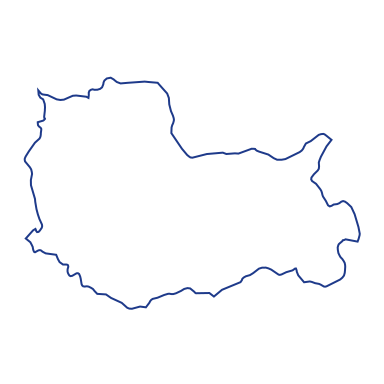 Steiermark, orthographic projection, rotated 179°
{"feature_id": "AUT-2323", "entity_name": "Steiermark", "entity_type": "State", "adm_level": 1, "iso_a3": "AUT", "parent_name": "Austria", "parent_adm1": "", "projection": "orthographic", "projection_center": [15.015, 47.22], "detail": "fine", "context": "isolated", "style": "outline", "palette": "blue", "viewbox_px": 384, "rotation_deg": 179, "n_neighbors": 0, "source": "natural_earth", "source_scale": "10m", "svg_char_len": 3729}
<svg xmlns="http://www.w3.org/2000/svg" viewBox="0 0 384 384"><g transform="rotate(179 192 192)"><path d="M345.0,264.5L339.7,265.9L338.9,266.4L337.7,267.7L337.8,268.1L338.4,268.6L338.5,269.9L337.7,275.9L337.7,276.4L337.5,279.2L337.7,282.6L339.2,287.2L342.0,289.0L343.6,291.9L343.9,296.3L341.4,293.2L339.9,292.2L337.4,291.8L334.6,291.4L325.7,287.0L322.0,286.3L318.4,286.6L313.4,288.7L309.5,290.3L306.1,290.5L296.0,289.1L293.9,287.9L293.5,290.8L293.5,293.2L292.8,294.9L292.1,295.4L291.4,295.9L289.7,296.4L287.7,295.9L284.9,295.9L282.1,296.7L280.1,298.2L278.9,301.0L278.8,301.3L278.5,303.1L278.0,304.2L277.6,305.0L275.2,307.0L271.3,307.7L268.3,305.9L267.7,305.3L265.3,303.3L261.5,301.8L254.2,302.3L237.4,303.2L233.2,302.7L224.4,301.8L224.3,301.7L223.2,300.3L215.1,290.9L213.5,286.4L213.2,280.0L211.6,273.2L209.7,268.6L209.0,266.1L208.8,264.4L209.0,263.3L209.7,261.0L210.6,259.2L211.3,256.9L211.6,251.2L201.3,235.4L196.2,229.1L194.3,227.5L193.0,226.6L191.0,226.3L176.5,229.7L160.5,230.8L157.0,229.4L148.4,229.9L144.9,229.6L131.6,234.2L129.2,234.1L128.1,233.9L127.8,233.3L126.5,232.2L124.2,231.2L115.0,228.1L109.7,224.4L106.4,222.8L101.8,222.7L98.0,223.3L83.7,230.0L81.6,231.5L80.5,232.8L79.9,233.7L79.3,235.1L77.3,238.5L72.4,240.8L64.3,246.9L62.0,247.6L59.6,247.8L58.4,247.3L56.6,245.9L51.6,241.7L56.7,235.3L62.5,225.0L64.0,221.4L64.7,219.2L64.5,215.4L64.8,213.0L65.9,211.3L69.8,207.6L72.3,204.4L72.6,202.5L71.7,200.8L67.8,198.0L63.6,192.4L62.6,190.6L62.0,188.6L61.7,187.0L61.1,185.2L58.3,180.7L56.2,176.3L54.5,175.2L52.6,175.8L50.6,177.0L47.0,177.4L44.8,178.3L42.9,179.7L41.1,180.3L39.2,179.7L37.0,178.1L33.0,174.2L29.8,167.0L26.2,154.1L25.0,147.3L25.2,145.8L26.2,142.3L27.3,139.5L39.3,142.0L40.5,141.4L42.1,141.1L42.5,140.3L45.8,137.6L46.3,137.0L46.7,136.1L47.3,134.1L47.2,131.6L46.7,128.4L45.5,125.8L44.6,124.2L42.9,122.4L41.6,120.4L40.6,118.5L40.2,116.5L40.1,114.6L40.4,110.9L40.7,108.5L41.5,105.8L43.2,103.7L45.4,101.9L59.2,95.3L60.6,95.0L61.8,95.2L64.9,97.1L66.6,97.9L70.5,98.7L73.8,100.0L75.8,100.5L81.5,99.8L87.2,106.8L88.6,110.4L88.8,111.9L89.4,113.7L90.2,113.7L92.8,111.9L99.1,110.2L103.9,108.0L105.7,107.6L106.9,107.9L114.1,113.0L116.9,114.3L119.5,115.1L123.3,115.1L126.4,114.2L132.3,109.8L135.5,107.9L139.6,106.8L141.8,105.6L143.2,104.3L143.7,102.9L145.1,101.0L163.7,93.7L171.9,87.1L176.4,90.7L189.8,90.7L190.5,91.1L191.7,92.4L195.5,95.6L198.2,96.0L201.5,95.2L204.7,93.3L209.8,91.0L212.4,90.3L214.4,90.3L216.5,90.7L217.8,90.6L221.7,89.5L228.3,86.9L233.2,85.8L234.6,84.9L235.8,83.5L236.5,82.1L240.1,77.5L245.4,78.3L246.2,78.3L254.1,76.3L256.7,76.5L258.8,77.4L264.2,82.4L274.8,87.5L279.8,91.1L288.5,91.8L291.1,94.6L292.7,96.7L294.5,97.9L297.0,99.2L298.5,99.5L299.7,99.5L300.8,99.3L302.5,99.6L303.4,100.4L304.0,101.8L304.8,107.3L305.3,109.5L306.3,112.0L307.5,112.8L308.9,112.7L313.2,110.3L314.9,110.0L315.9,110.5L316.5,111.3L317.3,112.8L317.5,113.4L317.8,114.5L317.8,115.7L317.7,117.1L317.1,119.0L317.0,119.8L317.3,121.0L318.1,121.5L319.1,121.7L322.2,121.7L325.6,124.2L327.2,127.2L328.9,131.6L339.4,133.2L342.6,135.0L343.8,136.1L344.9,136.5L345.8,136.5L347.0,136.1L350.0,134.5L350.7,134.7L351.1,135.3L351.5,136.2L351.9,137.6L352.1,138.9L352.2,139.8L353.1,141.8L354.5,144.6L359.0,148.4L351.6,156.4L349.2,157.8L348.8,156.9L348.4,155.6L347.6,154.6L346.1,154.8L344.8,156.1L342.8,158.9L342.4,160.5L342.6,162.1L345.0,167.6L346.5,172.3L347.8,177.6L348.9,184.9L349.1,187.8L352.9,201.6L352.9,206.8L351.6,212.8L351.8,214.7L352.4,217.4L353.6,219.5L358.4,225.5L358.7,227.1L358.6,228.4L357.7,230.4L354.4,235.5L348.2,244.0L343.5,248.1L342.6,249.9L342.2,251.8L342.1,253.7L341.6,256.9L341.7,258.1L342.4,259.0L344.0,260.3L344.5,261.1L344.8,261.5L345.0,263.6L345.0,264.4L345.0,264.5Z" fill="none" stroke="#1e3a8a" stroke-width="2"/></g></svg>